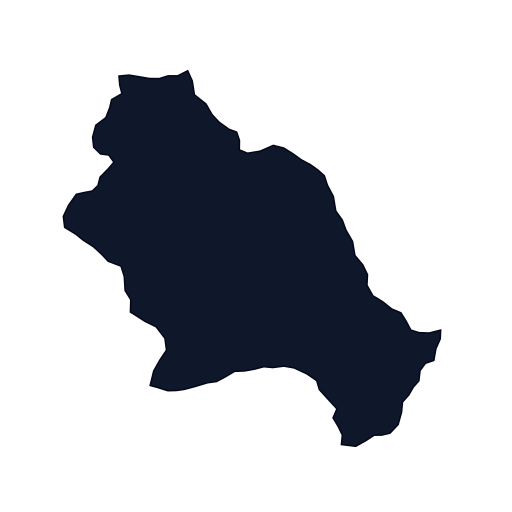 Acaiaca, Minas Gerais, Brazil (orthographic projection), rotated 11°
{"feature_id": "56859067B86255168283316", "entity_name": "Acaiaca", "entity_type": "district", "adm_level": 2, "iso_a3": "BRA", "parent_name": "Brazil", "parent_adm1": "Minas Gerais", "projection": "orthographic", "projection_center": [-43.099, -20.398], "detail": "fine", "context": "isolated", "style": "filled", "palette": "ink", "viewbox_px": 512, "rotation_deg": 11, "n_neighbors": 0, "source": "geoboundaries", "source_scale": "gbopen_adm2", "svg_char_len": 1629}
<svg xmlns="http://www.w3.org/2000/svg" viewBox="0 0 512 512"><g transform="rotate(11 256 256)"><path d="M451.4,293.5L440.5,298.6L430.7,300.1L422.2,299.2L415.7,291.2L409.1,284.1L399.3,282.1L389.3,276.8L378.3,272.7L370.5,263.5L369.0,253.0L362.5,244.3L353.0,236.6L348.0,223.3L339.4,213.4L333.9,204.3L325.7,196.5L320.6,182.8L312.6,172.9L307.8,164.2L300.6,159.9L292.1,156.0L281.8,152.8L273.3,148.8L262.7,144.7L251.9,144.1L240.0,152.3L228.1,156.7L219.4,155.0L217.7,145.6L213.4,138.1L205.2,136.7L194.3,131.7L185.8,125.5L177.9,116.3L164.8,109.5L160.0,96.2L153.6,87.2L144.7,94.1L135.3,95.9L127.2,100.3L117.4,102.1L108.0,102.3L96.9,102.6L87.1,105.5L89.6,114.2L93.4,122.2L84.4,130.0L84.1,138.3L82.2,148.8L73.8,158.2L72.9,170.6L75.9,180.2L83.9,185.5L92.2,185.0L98.6,191.0L94.2,198.8L87.9,208.3L87.4,217.0L82.8,223.5L75.1,226.5L67.8,229.7L62.3,242.0L59.3,253.9L62.7,264.4L75.0,269.0L83.3,273.4L94.8,278.0L104.6,284.1L111.9,289.4L125.4,291.7L130.6,301.3L134.1,314.9L141.4,322.8L143.4,335.0L152.4,338.5L159.7,341.4L171.5,344.6L182.3,354.2L186.1,365.5L181.5,376.4L177.5,388.4L176.8,403.3L184.8,403.9L195.1,405.1L203.3,403.3L210.9,400.7L221.2,395.7L232.6,389.7L241.2,386.8L249.4,380.1L257.0,373.3L266.8,371.0L276.3,367.3L284.8,363.2L293.8,362.3L304.4,358.8L314.7,358.6L328.4,362.0L339.4,366.8L343.7,375.1L354.0,382.8L364.6,390.6L362.5,400.2L369.0,407.4L374.9,415.3L375.8,424.8L390.2,423.8L399.6,415.8L406.1,409.4L413.7,407.8L421.4,404.3L427.7,394.3L428.7,381.5L427.7,371.4L432.5,363.3L435.5,354.6L439.7,347.5L438.9,337.3L442.8,329.0L450.5,324.6L450.3,312.7L452.7,302.2L451.4,293.5Z" fill="#0f172a" stroke="#020617" stroke-width="1.5"/></g></svg>